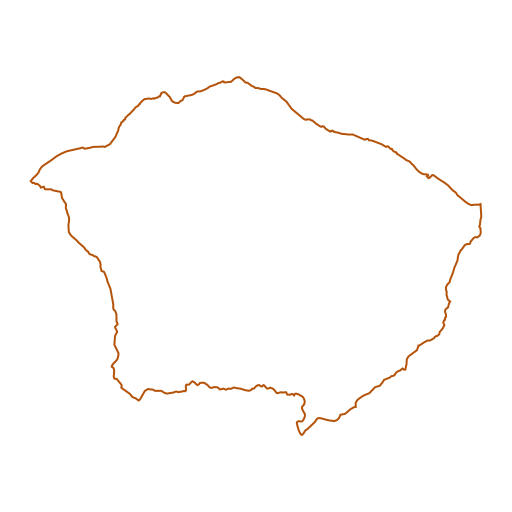 outline of Baucau, Baucau, East Timor
{"feature_id": "22284137B73846644477643", "entity_name": "Baucau", "entity_type": "district", "adm_level": 2, "iso_a3": "TLS", "parent_name": "East Timor", "parent_adm1": "Baucau", "projection": "robinson", "projection_center": [126.421, -8.508], "detail": "fine", "context": "isolated", "style": "outline", "palette": "amber", "viewbox_px": 512, "rotation_deg": 0, "n_neighbors": 0, "source": "geoboundaries", "source_scale": "gbopen_adm2", "svg_char_len": 6014}
<svg xmlns="http://www.w3.org/2000/svg" viewBox="0 0 512 512"><path d="M480.5,204.1L478.2,204.8L476.3,204.6L471.3,205.1L468.7,204.0L465.6,202.0L459.4,196.7L457.8,195.6L455.7,192.5L452.5,190.2L448.0,185.3L444.5,182.7L437.9,178.5L433.4,175.1L432.1,175.1L431.4,176.2L430.2,176.9L429.6,177.9L428.4,178.1L426.9,176.4L428.1,175.5L427.8,174.6L423.1,174.1L420.9,173.0L418.4,171.2L415.9,168.5L413.7,165.6L411.4,163.6L410.1,162.0L408.8,161.1L406.2,160.1L404.2,158.5L396.6,153.5L396.6,152.6L393.7,151.4L392.4,150.1L392.0,149.0L390.3,148.7L388.8,147.0L387.7,146.2L387.2,146.3L386.4,146.9L386.0,146.9L381.5,144.2L373.7,141.2L371.0,140.4L368.9,140.3L367.9,138.9L366.2,139.0L365.6,139.3L365.4,139.7L364.7,139.7L352.4,134.4L349.7,134.6L341.6,133.8L337.9,132.6L334.2,132.0L333.3,131.0L332.2,130.6L331.1,130.9L330.9,131.1L331.1,131.4L330.7,131.6L329.7,131.3L325.6,128.7L323.8,126.5L322.4,126.2L321.4,126.8L320.4,126.5L316.1,123.7L312.4,120.5L311.4,120.4L309.9,119.4L307.0,119.4L306.3,119.8L304.2,119.3L291.7,108.9L286.7,102.0L285.1,100.5L282.2,98.3L279.3,95.0L277.0,93.4L265.6,89.3L263.8,89.0L260.8,89.0L258.6,88.1L255.3,88.0L254.1,86.8L252.0,86.1L247.5,82.7L245.6,82.6L242.5,79.6L240.0,77.6L239.2,77.2L238.7,77.5L238.1,77.1L235.9,77.8L233.9,79.1L231.1,81.8L224.6,82.5L223.9,82.2L223.7,81.5L222.7,81.3L220.3,82.7L218.6,83.0L216.0,84.4L209.5,86.7L207.1,88.5L203.3,90.3L200.1,91.4L198.1,91.4L196.5,91.9L194.4,93.7L191.9,94.9L184.6,96.4L184.1,96.8L183.2,99.0L182.1,100.5L180.8,100.8L178.4,103.1L174.9,102.7L172.4,101.4L171.5,100.2L169.8,97.1L166.2,93.3L164.8,92.2L162.6,92.4L161.2,93.2L160.9,94.7L160.2,95.3L160.0,96.3L159.2,96.4L157.1,97.7L155.8,97.9L154.1,98.7L153.5,98.3L151.1,98.9L148.7,98.5L144.7,99.1L143.2,100.1L140.3,102.9L139.8,104.1L139.1,104.3L138.1,105.9L136.5,106.7L135.1,107.9L134.2,109.2L130.4,113.1L129.7,114.1L128.8,114.5L125.5,117.7L125.2,118.2L125.1,119.4L123.8,120.0L123.3,120.6L123.3,121.1L121.2,122.6L121.0,123.9L118.9,127.4L118.5,128.6L118.4,130.0L115.4,136.9L109.9,144.2L104.6,147.0L102.6,146.4L101.0,146.7L93.1,146.9L89.2,148.0L84.7,148.7L82.8,147.6L82.2,147.6L80.4,148.2L66.7,151.3L61.6,153.5L56.8,156.1L50.9,160.5L42.7,166.0L41.2,167.5L39.7,169.7L38.4,172.7L36.2,175.3L33.4,177.8L30.7,181.1L32.5,183.0L34.2,182.9L35.5,184.1L36.8,183.7L37.5,184.0L39.8,185.7L40.9,187.6L43.8,186.7L44.8,189.0L45.4,189.3L51.4,189.3L52.2,190.0L53.1,190.4L60.6,191.9L61.1,192.5L62.0,197.9L64.5,202.0L65.8,203.7L66.0,204.3L65.8,207.4L66.0,208.9L66.7,210.3L67.4,213.1L69.0,217.5L69.0,218.8L69.2,219.6L68.4,225.3L68.8,231.6L69.1,232.5L70.3,234.5L71.9,236.3L76.8,240.5L78.3,242.3L84.1,247.4L85.7,249.9L88.2,251.8L88.9,253.3L89.8,254.2L92.4,255.0L94.5,256.3L95.7,256.5L96.9,257.2L100.0,261.9L100.6,264.5L100.4,266.5L101.5,270.9L103.9,271.8L104.4,272.6L106.6,278.0L107.4,281.3L110.4,288.7L113.3,304.5L113.2,308.3L113.8,309.7L115.2,311.0L116.4,314.1L116.5,321.7L117.6,323.5L117.5,324.3L115.0,326.9L115.4,328.2L116.2,329.5L117.1,331.7L116.9,332.5L115.3,335.3L115.0,336.3L114.4,344.8L118.4,353.0L118.4,355.3L117.3,359.3L115.6,361.4L113.4,363.5L112.1,365.4L111.7,366.7L113.1,367.6L113.8,368.6L114.2,371.1L113.7,376.6L114.5,378.7L116.3,378.8L116.9,379.2L121.1,384.3L121.6,385.2L121.7,386.3L121.3,387.1L121.4,387.8L129.9,393.9L132.5,397.1L135.6,398.3L138.6,400.5L140.0,399.5L144.8,391.0L148.1,388.9L149.6,389.3L152.8,389.6L154.9,390.7L155.8,390.9L161.0,390.8L162.1,391.3L164.5,392.9L167.0,393.6L173.6,392.5L175.3,391.7L176.8,391.6L178.0,392.2L181.2,391.7L184.3,390.9L185.2,391.3L186.1,390.1L185.8,386.9L186.0,385.1L186.6,384.6L188.4,384.7L189.3,384.4L191.3,382.1L192.4,381.3L194.1,382.1L195.0,382.8L196.1,384.2L197.6,385.1L198.8,384.4L200.0,382.9L203.5,382.7L204.5,382.9L205.8,384.0L207.1,384.6L209.5,387.2L210.3,387.7L212.0,387.9L213.5,387.2L214.7,387.1L217.3,387.3L218.2,387.7L219.5,389.2L220.4,389.4L223.5,388.6L226.1,389.7L228.6,388.5L230.7,388.9L233.8,387.5L236.7,388.2L240.2,388.6L245.7,390.3L249.0,390.8L251.3,389.9L252.2,388.7L253.4,388.8L254.2,388.3L256.4,385.9L258.3,385.1L259.3,385.1L260.5,386.1L262.0,386.5L263.5,385.1L264.2,385.4L267.0,388.6L268.8,388.4L270.1,387.6L272.7,388.6L274.1,389.7L276.5,392.8L277.1,393.2L281.4,392.2L282.3,392.6L285.5,392.2L286.3,392.4L286.9,394.1L287.5,394.7L290.1,394.7L291.7,394.0L292.6,394.1L294.1,395.4L294.7,394.0L295.9,393.6L299.0,394.5L299.9,395.3L301.0,395.7L303.0,397.1L304.2,399.3L304.7,401.4L304.6,402.9L304.0,404.5L302.1,406.8L302.0,408.4L303.0,410.9L304.9,414.0L304.9,415.5L304.7,416.9L303.4,419.8L302.2,421.3L301.5,421.5L298.6,421.2L297.0,422.1L296.8,422.8L297.2,425.0L298.6,429.9L299.7,432.4L301.1,434.6L302.0,434.9L303.3,433.7L305.4,430.4L307.5,429.0L313.2,423.6L314.8,422.1L316.8,419.0L318.0,418.2L320.2,418.1L328.5,420.3L334.5,421.1L337.2,419.9L338.2,418.9L339.3,417.6L340.5,414.7L344.7,414.0L346.4,412.8L350.3,409.3L354.0,407.2L355.8,406.9L355.6,403.5L356.0,402.2L357.0,400.5L358.3,399.2L362.2,396.4L364.1,395.3L369.3,393.2L375.1,387.2L379.7,385.8L382.3,382.7L384.0,379.9L389.5,377.7L390.2,377.3L391.1,376.3L393.9,375.6L394.5,375.1L395.9,372.8L398.2,371.1L399.9,370.6L402.6,368.5L403.6,369.4L404.3,369.7L405.3,369.6L406.5,364.1L406.8,359.3L408.3,356.7L409.8,355.4L417.0,350.1L418.5,345.5L419.2,345.6L424.4,342.2L427.6,340.5L430.0,340.5L433.3,338.6L434.3,337.9L434.7,337.0L436.2,336.1L437.3,335.9L439.1,334.4L439.4,333.8L439.7,331.9L442.7,328.5L444.3,325.1L444.2,324.4L443.6,323.6L443.3,322.3L444.0,320.6L444.4,320.0L445.1,319.7L445.0,318.0L445.3,317.4L446.0,316.9L446.1,316.0L445.9,314.3L445.1,312.1L445.1,310.5L445.8,309.0L447.7,307.7L448.1,307.1L448.9,304.0L449.5,302.5L450.2,301.7L449.7,301.0L448.2,300.0L447.4,298.5L447.1,296.4L446.5,295.1L446.7,292.3L445.9,288.7L446.1,287.0L447.0,285.0L449.8,281.8L449.9,280.5L453.2,271.9L454.2,268.2L457.5,260.4L458.0,256.5L458.6,254.1L460.2,251.6L460.4,250.6L461.5,249.7L464.9,245.0L467.0,244.1L469.7,243.9L470.3,243.1L470.5,241.7L473.6,238.1L475.3,237.1L477.6,237.3L479.7,235.5L480.5,233.9L480.7,232.4L480.5,228.3L479.5,227.2L479.3,226.2L479.9,225.1L480.5,219.7L481.3,216.5L480.5,204.1Z" fill="none" stroke="#b45309" stroke-width="2"/></svg>